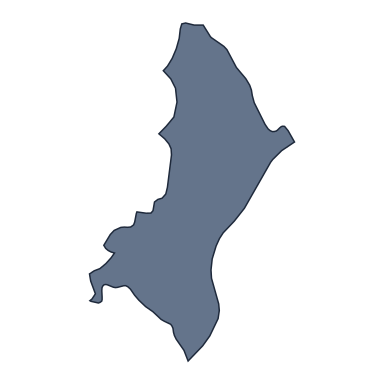 the Department of Central
{"feature_id": "PRY-607", "entity_name": "Central", "entity_type": "Department", "adm_level": 1, "iso_a3": "PRY", "parent_name": "Paraguay", "parent_adm1": "", "projection": "natural_earth1", "projection_center": [-57.553, -25.559], "detail": "fine", "context": "isolated", "style": "filled", "palette": "slate", "viewbox_px": 384, "rotation_deg": 0, "n_neighbors": 0, "source": "natural_earth", "source_scale": "10m", "svg_char_len": 1602}
<svg xmlns="http://www.w3.org/2000/svg" viewBox="0 0 384 384"><path d="M146.1,213.2L150.9,213.1L153.0,210.7L154.5,202.0L157.9,199.4L162.1,198.2L165.8,194.0L167.4,187.4L171.5,154.9L171.1,148.8L168.9,143.9L164.7,138.8L158.9,133.8L166.2,126.3L173.9,117.0L177.0,102.1L175.5,88.2L170.8,78.9L163.3,70.7L167.5,66.1L172.2,58.4L176.3,48.7L179.2,38.4L180.3,28.9L181.8,23.9L185.6,23.0L194.3,25.1L203.2,25.1L210.3,36.5L211.3,37.6L223.9,46.4L226.9,49.6L236.4,67.5L245.8,78.7L249.7,85.2L251.4,90.0L252.3,95.6L254.2,102.7L265.0,124.3L268.1,128.9L270.1,130.6L272.3,131.6L274.4,131.5L276.3,131.0L277.5,130.1L279.7,127.9L281.3,126.6L282.7,126.2L284.6,126.4L288.1,130.7L294.5,142.0L281.7,150.6L272.7,159.5L270.6,162.3L244.4,208.3L234.3,221.1L223.2,232.8L219.5,238.5L216.1,246.0L212.2,258.9L211.0,270.0L211.5,278.3L218.7,303.9L219.3,310.5L218.1,318.6L209.8,335.9L202.7,345.8L188.1,361.0L184.0,350.4L176.2,339.2L174.4,335.5L173.5,332.3L173.0,328.4L172.0,326.1L170.7,324.3L164.4,321.3L161.1,319.4L152.9,311.7L145.6,306.6L138.8,300.1L134.6,295.2L130.4,289.1L127.9,286.8L125.8,285.7L123.9,285.7L117.3,287.4L115.4,287.6L113.3,287.2L107.1,284.7L105.5,284.5L104.0,284.8L102.8,286.0L102.0,287.7L101.8,290.7L102.1,297.0L102.1,299.6L101.7,301.2L100.0,302.4L98.4,303.0L90.9,301.3L89.9,300.7L92.0,299.0L95.4,293.8L90.7,281.1L89.5,273.9L94.2,270.8L99.9,268.6L105.9,263.6L111.2,257.7L114.5,253.0L111.1,252.0L108.2,250.5L105.7,248.4L103.8,245.3L110.3,234.5L114.2,230.4L120.8,227.4L124.3,227.1L127.6,227.3L130.7,227.0L133.6,224.9L134.7,222.0L136.3,213.6L136.9,211.9L146.1,213.2Z" fill="#64748b" stroke="#1e293b" stroke-width="1.5"/></svg>